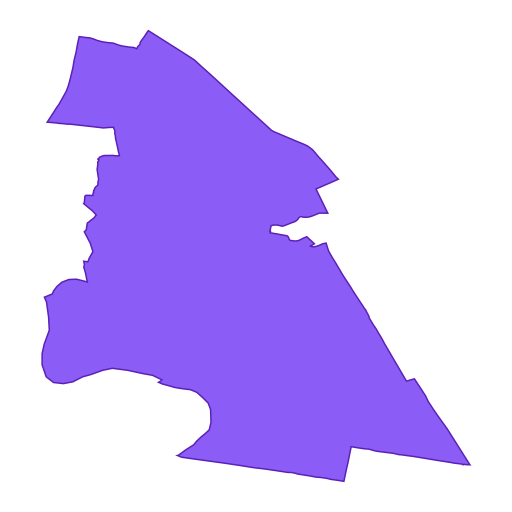 the district of Malu Mare, Dolj, Romania
{"feature_id": "2599482B22057197268222", "entity_name": "Malu Mare", "entity_type": "district", "adm_level": 2, "iso_a3": "ROU", "parent_name": "Romania", "parent_adm1": "Dolj", "projection": "natural_earth1", "projection_center": [23.851, 44.259], "detail": "fine", "context": "isolated", "style": "filled", "palette": "violet", "viewbox_px": 512, "rotation_deg": 0, "n_neighbors": 0, "source": "geoboundaries", "source_scale": "gbopen_adm2", "svg_char_len": 5149}
<svg xmlns="http://www.w3.org/2000/svg" viewBox="0 0 512 512"><path d="M469.9,464.8L447.1,428.7L441.0,420.3L437.4,415.2L433.2,409.1L428.5,401.9L427.1,399.2L425.5,395.8L422.0,390.4L414.4,378.8L413.5,379.1L409.8,380.1L408.1,380.7L406.5,381.2L384.5,343.6L382.2,339.2L380.5,336.3L378.6,333.2L376.4,329.3L374.6,326.6L373.6,325.3L372.4,323.2L370.4,320.0L369.4,318.2L369.2,317.6L368.9,316.3L368.4,315.2L367.1,312.9L365.7,309.9L364.6,308.7L362.9,306.0L356.2,295.9L354.0,292.5L352.6,290.3L350.5,286.8L346.9,281.3L344.5,277.7L342.3,274.2L339.6,269.6L335.6,262.8L332.9,258.5L330.4,254.2L328.7,251.2L327.8,248.6L326.1,243.1L325.7,243.1L324.4,243.4L322.4,243.9L319.5,245.2L316.9,246.2L315.2,246.6L313.7,246.8L313.2,246.8L312.6,246.8L312.0,246.6L311.1,246.4L310.5,246.1L314.4,243.8L311.3,240.9L306.9,236.8L306.0,237.0L303.2,238.2L299.1,240.3L297.4,240.8L295.4,241.0L294.2,240.9L292.4,240.7L290.9,240.5L290.1,240.3L289.7,240.0L289.3,239.6L289.1,239.0L288.8,238.0L288.3,237.0L287.8,236.3L287.1,235.8L283.4,235.1L279.3,234.4L277.5,234.0L276.5,233.8L274.7,233.6L272.9,233.2L271.4,233.0L270.2,232.9L270.5,231.3L269.9,231.3L271.1,225.7L273.0,225.2L274.7,225.0L276.5,225.0L278.5,225.3L280.7,225.8L281.7,226.2L282.9,226.1L285.8,225.1L292.6,222.4L294.1,222.0L296.2,220.8L297.9,219.3L298.8,217.8L299.6,217.1L300.5,216.7L301.6,216.6L302.2,216.9L303.0,217.2L303.8,217.2L304.8,217.3L308.1,217.1L308.9,217.0L311.4,216.3L318.7,213.4L319.4,213.1L320.9,213.1L326.5,213.2L327.8,213.2L316.0,189.0L320.8,186.9L334.4,181.0L338.4,179.2L337.9,178.7L335.8,176.8L333.4,173.8L331.2,171.1L322.9,161.6L318.8,157.1L313.6,150.9L311.9,149.2L308.4,146.6L307.3,145.9L304.7,144.6L294.0,140.2L282.7,135.4L273.9,131.7L271.8,130.5L269.8,128.8L267.0,126.2L249.1,109.9L230.6,93.0L212.1,76.0L201.5,66.5L194.8,60.3L193.1,59.1L180.5,51.0L160.6,38.4L148.4,30.7L147.6,31.5L144.0,37.1L141.5,40.4L140.1,42.7L140.1,43.7L139.8,44.6L139.0,45.4L137.8,46.5L136.7,48.7L133.9,47.5L129.3,47.1L126.8,46.7L122.2,46.0L118.4,45.0L113.2,43.1L107.7,42.6L102.3,41.8L97.1,40.4L93.9,39.1L89.9,37.9L84.1,37.3L79.2,36.6L78.5,39.5L77.5,44.2L76.0,52.6L74.3,59.4L73.8,62.0L73.0,67.2L70.3,78.6L68.2,86.2L66.2,91.4L61.2,100.4L58.8,104.6L57.3,106.6L55.9,108.7L54.1,111.6L53.0,113.3L52.5,114.0L51.7,115.2L51.2,116.0L50.7,116.8L50.0,117.9L48.9,119.5L48.1,120.8L47.2,122.2L47.4,122.2L52.5,122.6L56.6,123.0L60.0,123.5L61.6,123.5L65.1,123.9L68.0,124.2L69.5,124.1L76.7,124.9L92.9,126.7L100.7,127.6L103.0,127.9L104.0,127.9L108.5,127.5L113.6,127.3L113.6,127.6L113.8,128.5L114.1,129.1L114.5,129.9L114.8,130.5L114.9,131.1L114.8,132.0L114.8,132.9L115.0,134.5L115.4,136.3L115.4,136.7L115.5,137.5L115.5,137.9L115.5,138.4L115.7,139.2L116.1,140.8L116.4,142.1L117.9,148.9L118.0,149.8L118.9,153.4L119.4,155.7L117.2,155.8L116.1,155.8L114.5,155.7L113.8,155.5L113.2,155.4L112.2,155.4L108.4,155.5L104.5,155.5L102.7,155.9L102.0,156.1L101.2,156.6L100.9,156.8L100.4,156.8L100.0,156.9L99.3,157.4L99.0,158.2L98.8,158.5L97.9,159.0L97.9,159.4L98.4,159.6L98.8,159.7L98.9,160.0L98.8,160.4L98.5,161.1L98.1,161.4L97.8,161.9L97.8,162.3L97.8,162.7L97.8,163.5L97.7,165.1L97.1,169.5L98.6,179.3L97.9,182.4L98.0,184.7L97.4,185.5L95.7,186.9L94.7,188.3L94.4,189.6L93.8,190.3L93.5,191.3L93.7,191.6L93.7,191.9L93.7,192.3L93.5,192.5L93.2,192.9L92.9,194.4L92.9,195.4L92.3,195.5L89.8,195.4L88.3,195.3L85.9,195.4L85.6,195.5L85.2,195.9L84.9,196.3L84.8,197.4L84.3,202.8L83.6,203.6L89.3,208.3L92.4,210.9L96.2,214.9L96.0,215.0L95.6,215.7L95.0,216.6L94.4,217.4L93.9,217.9L93.4,218.3L93.0,218.7L92.4,219.1L91.8,219.6L91.3,219.8L91.1,220.1L90.7,220.4L90.4,220.8L89.6,221.3L88.6,222.1L88.1,222.4L87.7,222.7L87.5,223.0L87.3,223.3L87.1,223.8L87.1,224.1L86.7,226.9L86.3,229.7L85.3,230.8L84.3,231.8L90.3,243.3L92.9,251.7L89.4,257.8L87.8,261.8L83.7,261.2L84.4,264.5L83.8,267.2L85.4,272.6L86.9,280.0L87.3,282.0L86.4,281.7L81.7,280.5L76.5,279.2L68.9,279.5L61.9,282.2L57.1,286.3L53.5,291.0L52.4,293.9L44.4,297.2L46.5,302.0L48.6,317.2L49.3,330.2L44.2,344.2L42.1,353.6L42.1,364.8L46.2,376.8L53.5,382.5L63.4,383.6L72.9,381.8L82.7,376.8L91.0,374.5L102.7,370.3L112.4,368.3L127.7,370.3L142.9,373.6L152.5,375.3L161.9,379.8L160.7,381.0L158.5,382.3L162.4,384.0L168.3,385.6L175.0,387.5L183.0,388.8L190.6,389.7L196.9,392.4L202.8,397.7L208.2,403.1L210.6,409.6L210.8,415.8L211.0,422.5L209.2,429.9L205.3,433.5L201.3,436.8L196.9,440.9L193.7,444.8L185.4,450.1L182.2,452.5L178.4,455.2L177.4,455.5L181.6,457.2L190.5,458.5L226.1,463.4L240.2,465.5L250.7,467.2L256.3,468.0L264.3,468.9L275.3,470.5L287.7,472.4L289.0,472.5L290.5,472.4L292.6,472.7L296.2,473.5L297.5,474.0L302.6,474.8L310.3,476.0L312.2,476.4L316.2,477.1L318.2,477.3L320.4,477.4L322.8,477.8L325.8,478.2L327.8,478.6L331.0,479.4L337.7,480.3L343.9,481.3L346.2,470.3L348.0,462.5L349.1,457.0L350.8,448.6L351.1,446.7L360.3,448.2L363.6,448.7L365.8,448.9L367.1,449.0L368.5,449.0L371.1,449.8L374.3,450.7L376.3,451.1L377.0,451.3L393.2,453.3L395.4,453.8L398.3,454.5L399.1,454.7L400.0,454.7L401.2,454.8L402.7,455.0L404.8,455.3L413.9,456.5L435.6,460.1L450.2,462.4L454.0,463.1L458.2,463.6L461.2,464.0L462.4,464.2L463.0,464.8L464.0,464.4L464.4,464.3L464.8,464.4L465.4,464.6L466.8,464.7L468.6,464.7L469.9,464.8Z" fill="#8b5cf6" stroke="#5b21b6" stroke-width="1.5"/></svg>